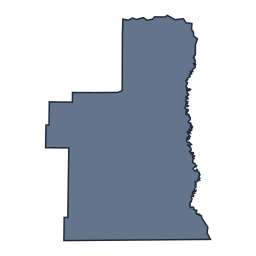 Petroleum, Montana, United States of America (Albers equal-area conic projection)
{"feature_id": "52423323B42061541752", "entity_name": "Petroleum", "entity_type": "district", "adm_level": 2, "iso_a3": "USA", "parent_name": "United States of America", "parent_adm1": "Montana", "projection": "albers", "projection_center": [-107.962, 47.174], "detail": "fine", "context": "isolated", "style": "filled", "palette": "slate", "viewbox_px": 256, "rotation_deg": 0, "n_neighbors": 0, "source": "geoboundaries", "source_scale": "gbopen_adm2", "svg_char_len": 4501}
<svg xmlns="http://www.w3.org/2000/svg" viewBox="0 0 256 256"><path d="M195.4,54.6L195.4,44.7L197.4,38.8L193.6,36.0L193.5,32.2L191.6,29.7L191.9,23.5L186.0,22.9L183.4,18.7L175.1,19.7L167.4,15.4L164.8,17.0L154.5,16.9L152.6,19.2L147.1,20.2L143.3,17.6L136.4,19.5L132.5,18.0L128.4,20.2L122.9,19.1L122.4,33.1L122.2,90.5L118.3,92.4L95.3,92.6L72.5,92.5L72.4,102.2L49.3,101.9L49.0,125.1L46.0,125.0L45.6,147.7L68.8,147.9L67.8,217.4L64.2,217.4L63.9,240.6L210.4,239.4L207.1,232.9L207.8,227.2L202.0,218.4L201.4,215.7L197.7,214.5L198.6,214.1L197.0,213.7L196.0,212.9L196.2,211.8L196.7,211.3L196.6,210.3L196.0,210.5L194.9,210.0L193.6,209.2L193.9,208.5L193.7,207.6L192.1,206.9L191.2,207.5L190.1,207.5L189.8,206.5L190.4,204.8L189.8,203.4L190.4,202.1L191.3,201.9L191.5,201.2L191.4,200.4L192.0,198.9L191.4,197.8L191.3,196.3L192.5,196.4L193.4,196.5L193.5,195.4L192.9,195.0L192.7,194.5L192.4,194.2L193.0,193.7L193.7,193.5L194.4,193.2L194.0,193.0L193.3,193.0L192.6,192.7L192.7,191.9L193.4,191.3L194.8,191.4L195.6,191.5L195.9,190.5L195.7,190.6L195.0,190.4L194.4,189.6L194.7,188.2L196.0,186.9L195.8,185.9L195.2,185.4L195.2,185.0L195.9,184.7L196.0,183.8L195.1,182.7L195.0,182.1L195.5,182.1L195.9,181.7L196.4,182.0L196.9,181.7L197.1,181.0L198.1,180.4L198.6,180.6L199.2,180.3L198.5,180.1L198.0,179.6L198.3,179.0L198.5,179.1L199.1,179.1L199.9,178.3L199.7,178.0L199.4,177.4L198.7,176.9L199.0,176.5L199.2,176.0L199.0,175.7L199.3,175.3L199.8,175.1L199.9,174.5L199.3,174.1L199.1,173.1L199.2,172.4L198.6,172.2L198.3,172.5L197.7,171.4L197.5,170.0L196.8,169.3L196.5,169.6L196.3,170.2L195.7,171.0L194.5,170.7L193.3,169.3L193.2,168.6L194.6,166.9L195.9,166.9L196.4,166.1L196.0,166.2L195.8,165.3L195.1,163.8L193.8,163.0L193.0,162.9L192.5,162.4L192.7,161.9L192.9,160.5L192.3,160.0L192.5,160.1L193.2,159.6L193.6,158.8L194.1,158.4L193.9,158.2L193.4,158.4L192.7,157.8L193.0,157.1L193.4,156.7L194.1,156.6L194.6,156.1L194.5,155.8L193.8,155.8L193.0,156.1L192.4,155.1L192.7,154.4L193.4,153.8L193.5,153.0L193.0,152.5L191.9,152.6L192.0,153.4L191.3,153.9L191.0,153.1L190.7,152.2L190.4,152.3L190.0,152.3L189.7,151.3L190.5,151.5L191.1,150.0L191.0,148.6L190.3,147.0L188.5,145.8L187.8,145.2L188.3,145.0L188.8,145.4L189.8,145.2L190.1,144.4L190.4,144.1L190.9,144.5L191.1,144.8L191.5,144.6L190.6,143.7L190.2,143.7L189.6,142.6L188.7,142.1L188.3,142.5L187.1,142.1L186.7,141.6L186.5,140.8L187.0,140.0L186.8,139.2L187.4,138.6L187.5,139.4L188.0,139.7L188.5,139.5L189.4,138.5L189.4,137.4L188.7,137.4L187.7,137.8L187.3,137.9L187.1,137.3L188.0,137.0L189.0,137.0L190.2,136.4L189.4,135.4L188.4,134.2L187.8,133.3L187.3,132.1L188.3,132.1L189.1,132.0L189.5,133.0L190.3,133.2L189.9,132.5L190.1,131.3L189.1,130.7L188.8,129.6L189.7,129.0L189.9,129.3L190.0,129.8L191.1,130.5L191.8,129.9L191.8,129.2L191.6,128.8L191.7,127.9L192.4,127.6L192.5,126.5L192.1,126.2L191.3,126.1L191.4,126.7L190.5,127.0L190.7,125.9L191.3,125.4L191.1,124.6L190.4,124.5L190.3,123.8L190.8,123.7L191.2,123.9L190.3,122.9L189.3,122.9L188.4,122.7L188.4,122.0L188.8,121.2L189.0,120.7L190.1,119.8L190.3,117.6L189.3,116.3L188.8,115.6L189.0,115.5L189.0,114.9L188.7,114.5L187.8,114.4L187.9,114.7L186.7,114.7L185.7,113.8L185.9,112.8L186.3,113.5L186.9,114.0L187.0,113.2L186.8,112.3L186.2,111.9L186.1,111.5L186.5,110.7L187.7,111.3L188.2,110.8L188.1,109.6L187.4,109.2L186.8,109.2L186.0,108.9L185.3,108.6L184.7,107.9L185.1,107.3L185.8,106.3L187.0,106.5L188.0,106.5L188.4,105.9L187.5,105.5L186.6,105.1L185.7,104.3L186.0,103.3L186.8,103.0L187.1,102.8L187.0,103.0L187.4,103.5L187.7,103.2L187.5,102.6L187.1,101.4L186.2,101.5L185.5,101.0L185.9,100.4L186.0,99.7L187.1,98.9L187.9,98.9L188.1,98.2L186.8,97.5L186.2,97.7L185.7,97.3L186.0,96.5L187.6,96.0L188.1,95.2L188.7,94.7L188.3,94.0L187.5,94.0L186.8,92.9L188.0,90.6L189.5,90.4L190.2,89.9L190.6,89.4L190.2,89.2L189.5,88.9L189.1,88.9L188.4,89.3L187.9,89.4L187.6,89.0L187.1,89.1L187.3,89.6L186.8,90.0L186.8,89.0L187.3,88.2L187.1,87.6L186.5,87.6L185.9,86.5L186.5,85.5L186.9,83.9L187.4,83.7L187.5,82.6L186.2,81.7L185.8,80.8L186.5,80.1L187.2,80.2L187.7,79.5L187.2,79.0L187.8,78.0L189.1,77.2L190.0,76.7L189.6,76.2L189.4,75.7L189.7,75.7L190.0,75.1L189.7,75.1L189.9,74.1L190.7,74.2L191.7,73.7L191.6,73.2L191.3,72.5L190.9,72.6L190.5,71.9L191.6,71.4L192.7,71.5L192.6,70.9L192.2,70.2L193.2,68.8L194.2,68.1L195.1,67.5L195.2,66.8L195.0,65.4L195.5,64.6L194.8,64.4L193.7,64.4L193.4,63.7L194.4,63.7L195.3,63.2L195.0,62.0L195.2,60.1L194.5,59.0L193.8,58.3L193.4,57.9L193.9,57.6L194.4,56.9L194.0,56.6L193.9,55.8L194.7,55.3L195.4,54.6Z" fill="#64748b" stroke="#1e293b" stroke-width="1.5"/></svg>